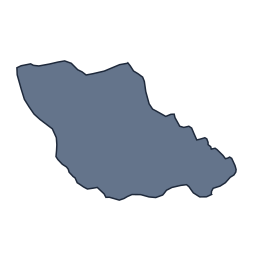 SVG path tracing the border of Central Bosnia, rotated 347°
{"feature_id": "BIH-2226", "entity_name": "Central Bosnia", "entity_type": "Canton", "adm_level": 1, "iso_a3": "BIH", "parent_name": "Bosnia and Herzegovina", "parent_adm1": "", "projection": "equal_earth", "projection_center": [17.688, 44.116], "detail": "fine", "context": "isolated", "style": "filled", "palette": "slate", "viewbox_px": 256, "rotation_deg": 347, "n_neighbors": 0, "source": "natural_earth", "source_scale": "10m", "svg_char_len": 1490}
<svg xmlns="http://www.w3.org/2000/svg" viewBox="0 0 256 256"><g transform="rotate(347 128 128)"><path d="M51.4,139.7L53.3,133.9L54.9,128.3L56.0,121.3L54.1,111.8L44.2,99.9L39.6,93.3L36.4,85.2L33.5,76.8L32.7,66.0L32.0,51.3L33.3,44.3L37.9,43.3L47.6,43.6L50.0,45.7L55.1,47.5L65.8,48.0L74.7,48.0L81.4,48.4L87.3,52.2L92.1,59.9L95.9,63.0L99.1,66.9L105.8,67.2L117.7,67.2L134.1,64.4L142.1,64.8L142.5,64.5L144.2,68.1L146.2,73.7L149.9,77.3L153.7,81.7L154.4,86.2L153.5,96.5L154.0,109.2L156.2,115.1L162.6,120.8L167.4,125.2L172.9,124.3L176.1,124.9L176.1,128.5L177.7,134.1L178.8,137.9L182.5,140.0L185.6,140.0L187.7,140.0L190.0,142.4L190.9,147.7L192.3,155.1L195.2,155.1L200.7,154.8L202.3,156.3L202.8,159.9L202.3,162.2L204.4,164.9L204.4,167.3L206.7,167.3L208.3,167.3L209.9,169.1L214.4,176.2L216.0,179.8L218.3,179.8L220.5,179.2L222.2,180.9L223.8,188.6L224.0,192.8L223.1,195.2L220.6,197.6L216.5,199.0L210.6,203.2L204.7,205.3L197.4,205.9L195.1,208.5L194.2,211.5L194.3,211.6L189.0,212.7L183.0,211.4L182.3,211.2L177.1,205.9L176.1,203.6L174.1,198.7L173.4,197.9L172.3,196.4L166.6,195.8L157.4,195.8L151.5,197.3L148.2,200.0L146.7,201.1L139.4,202.0L133.0,199.9L125.5,195.8L116.9,193.7L112.1,194.6L108.2,195.8L103.3,196.3L98.1,193.4L94.3,191.3L90.9,190.6L91.0,190.6L90.9,190.6L89.9,186.8L84.7,179.0L79.4,178.7L74.7,178.3L71.4,175.4L68.2,171.9L66.2,169.9L65.2,164.7L63.5,162.8L63.0,161.8L60.7,157.9L60.5,154.7L59.3,152.1L55.8,148.5L52.6,143.0L51.4,139.7Z" fill="#64748b" stroke="#1e293b" stroke-width="1.5"/></g></svg>